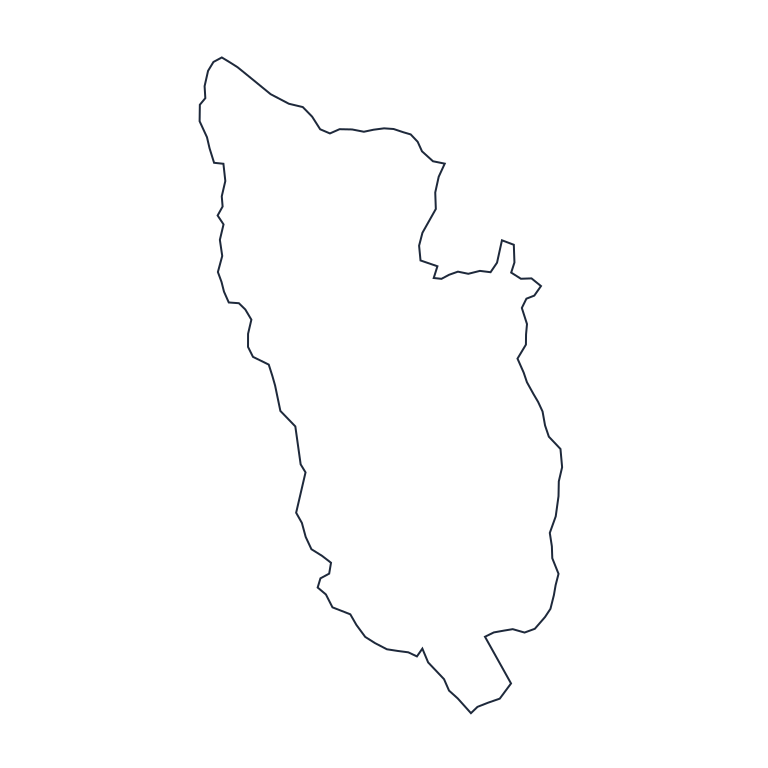 Cerro Branco, Rio Grande do Sul, Brazil, rotated 178°
{"feature_id": "56859067B12660061396762", "entity_name": "Cerro Branco", "entity_type": "district", "adm_level": 2, "iso_a3": "BRA", "parent_name": "Brazil", "parent_adm1": "Rio Grande do Sul", "projection": "equal_earth", "projection_center": [-52.997, -29.627], "detail": "fine", "context": "isolated", "style": "outline", "palette": "slate", "viewbox_px": 768, "rotation_deg": 178, "n_neighbors": 0, "source": "geoboundaries", "source_scale": "gbopen_adm2", "svg_char_len": 1850}
<svg xmlns="http://www.w3.org/2000/svg" viewBox="0 0 768 768"><g transform="rotate(178 384 384)"><path d="M216.2,188.2L221.9,204.0L221.9,215.9L223.5,229.4L217.0,245.7L213.5,265.8L212.7,280.6L208.9,294.6L209.9,312.9L221.1,325.6L224.5,337.0L226.5,351.0L230.6,360.7L235.1,369.0L241.1,380.8L244.0,390.5L249.7,404.7L240.8,418.4L240.3,428.6L239.0,438.9L243.6,455.2L238.7,464.3L230.7,467.1L223.7,476.4L232.9,484.4L243.5,484.4L253.0,490.9L249.4,500.9L249.4,518.6L261.1,523.5L266.8,501.3L273.6,492.0L284.2,493.7L295.9,491.2L306.2,493.7L315.1,490.9L322.9,487.1L330.6,488.2L326.5,499.8L343.2,506.2L344.1,521.0L340.3,533.8L326.1,557.1L326.1,573.6L322.1,589.2L315.6,602.1L327.3,604.9L337.9,615.2L341.9,624.9L348.6,632.5L355.8,634.9L365.5,638.5L375.0,639.5L385.5,638.5L395.3,636.8L407.0,639.5L419.5,640.2L429.3,636.3L438.9,640.8L446.5,653.7L455.5,663.6L469.3,667.4L487.2,677.6L510.8,698.3L519.3,705.7L526.6,710.7L534.7,716.0L543.2,711.8L548.9,703.1L552.9,687.9L552.6,675.9L558.3,669.5L559.1,653.0L552.3,636.8L550.1,625.6L546.1,611.0L536.8,609.7L535.5,592.4L539.6,577.2L539.1,567.0L544.4,558.2L538.8,549.1L543.0,533.8L541.2,517.6L546.1,501.7L542.8,491.6L540.7,481.9L536.3,470.9L526.2,469.8L520.0,463.3L514.3,452.9L518.1,438.9L518.6,425.8L514.0,415.7L498.5,407.4L495.3,396.0L492.9,386.3L488.5,360.7L474.1,344.7L470.1,306.6L465.5,298.4L476.3,258.4L470.9,248.0L467.6,233.9L462.3,221.4L451.9,214.4L443.2,207.2L445.4,196.4L454.3,192.0L457.4,182.9L449.4,175.7L443.3,162.6L425.7,155.0L420.0,144.2L411.6,131.9L402.1,125.4L390.4,118.8L379.4,116.7L369.1,115.0L360.6,110.6L354.9,118.2L349.6,104.2L334.3,86.9L329.7,75.3L321.3,67.2L308.6,52.0L301.8,58.1L291.0,61.9L279.3,65.5L267.5,80.3L291.9,127.9L282.9,131.9L272.4,133.4L263.9,134.5L252.2,130.7L241.8,134.1L231.2,145.5L225.5,153.5L221.6,167.0L219.5,177.0L216.2,188.2Z" fill="none" stroke="#1e293b" stroke-width="2"/></g></svg>